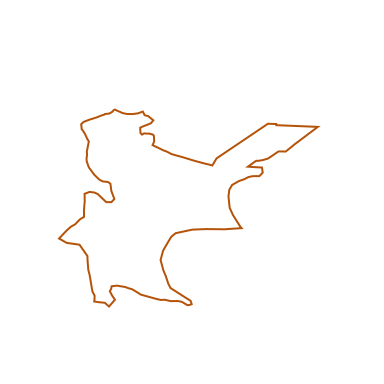 Kafr Al-Dawwar, Al Buhayrah, Egypt, rotated 69°
{"feature_id": "37247803B70717043240627", "entity_name": "Kafr Al-Dawwar", "entity_type": "district", "adm_level": 2, "iso_a3": "EGY", "parent_name": "Egypt", "parent_adm1": "Al Buhayrah", "projection": "natural_earth1", "projection_center": [30.128, 31.137], "detail": "fine", "context": "isolated", "style": "outline", "palette": "amber", "viewbox_px": 384, "rotation_deg": 69, "n_neighbors": 0, "source": "geoboundaries", "source_scale": "gbopen_adm2", "svg_char_len": 2975}
<svg xmlns="http://www.w3.org/2000/svg" viewBox="0 0 384 384"><g transform="rotate(69 192 192)"><path d="M186.2,85.0L186.2,84.9L184.3,79.3L182.8,74.0L176.3,51.2L175.3,53.5L159.8,89.4L158.7,89.0L155.5,96.7L169.4,157.0L173.8,162.6L174.5,163.5L172.4,166.4L169.8,170.2L167.2,173.8L164.0,178.2L161.9,180.9L160.4,182.8L159.2,184.4L158.5,185.3L157.5,186.5L155.4,189.3L149.6,197.1L148.3,198.4L147.5,199.1L147.3,199.2L147.2,199.3L144.7,201.6L143.6,203.0L142.1,204.5L139.7,206.7L137.9,208.4L136.2,210.1L135.3,210.9L134.1,212.0L131.8,209.7L130.9,209.1L126.1,207.5L124.5,207.8L122.1,211.1L121.3,213.2L120.1,215.8L120.5,218.1L118.5,219.0L113.4,217.3L113.3,216.2L113.2,214.3L113.2,209.5L113.1,205.7L111.9,203.6L111.2,202.4L109.2,203.6L105.5,205.7L103.3,208.7L99.3,209.1L99.2,214.5L98.9,215.5L97.9,219.7L96.5,223.1L96.3,223.9L95.3,225.6L94.7,226.6L93.2,228.8L91.5,230.4L89.8,232.2L87.4,234.5L87.5,235.6L88.7,238.2L89.1,241.3L88.0,245.3L88.3,246.3L88.1,249.5L88.2,252.5L88.2,254.3L88.1,256.5L88.0,257.8L87.8,260.6L87.7,262.5L87.7,264.4L87.7,266.9L87.8,268.4L88.3,269.5L89.1,271.2L92.9,272.2L93.7,272.5L95.7,271.8L99.5,271.1L100.5,271.0L104.6,270.8L107.8,270.2L112.0,272.8L116.5,275.7L119.6,276.6L123.0,278.5L126.0,279.4L126.8,279.3L130.3,279.5L132.4,279.4L137.4,278.0L140.7,277.1L145.1,275.1L147.2,274.1L150.1,271.6L152.5,266.9L155.0,265.2L158.4,266.0L161.8,266.9L170.7,267.0L170.9,267.3L171.0,267.6L172.6,270.9L171.0,274.9L170.7,275.7L160.2,280.7L157.5,283.3L155.2,287.7L155.2,292.9L159.2,294.4L162.5,295.6L166.1,297.4L170.9,299.6L172.1,300.0L176.6,301.8L177.2,305.9L179.3,310.6L180.2,312.4L180.4,313.4L181.0,317.5L182.9,322.5L183.5,323.8L187.8,332.8L194.6,327.2L200.9,315.9L213.4,312.8L214.4,312.6L218.3,314.0L220.4,314.6L227.5,316.7L233.3,317.4L242.6,319.3L249.0,320.6L254.0,320.1L258.2,321.9L259.1,322.5L260.0,321.1L261.7,318.1L262.1,317.2L264.2,313.1L269.2,310.5L264.9,302.5L260.6,303.6L255.3,304.3L254.5,303.4L253.3,302.1L251.2,300.8L252.2,297.0L252.5,295.6L254.3,292.6L255.5,290.5L256.7,288.5L259.2,285.6L261.4,282.7L263.8,280.8L268.6,277.2L269.5,276.5L273.5,271.1L275.1,269.0L276.0,267.7L278.4,264.5L279.1,263.5L281.6,259.8L282.8,256.1L286.3,250.9L288.6,244.5L289.7,242.7L291.0,240.8L296.1,236.7L296.6,234.5L296.6,232.5L293.1,232.3L291.6,233.4L289.5,235.0L287.9,236.2L286.0,237.6L282.6,240.1L273.9,246.5L271.7,246.7L270.5,246.8L269.3,247.0L260.9,246.6L254.8,246.8L250.3,246.3L244.2,245.7L240.1,242.7L236.4,240.0L232.4,235.1L229.4,231.3L227.3,228.6L226.4,227.5L225.0,223.3L224.6,222.0L227.1,206.1L227.3,205.0L231.6,192.3L237.1,178.4L238.4,175.2L243.5,158.7L241.9,159.3L228.2,162.0L220.2,162.5L216.1,161.4L212.5,160.4L209.1,159.5L207.1,158.4L203.3,156.4L199.8,152.0L199.1,147.6L198.6,144.0L198.8,139.1L198.3,134.0L198.9,129.9L201.3,123.4L200.2,121.0L199.2,119.0L194.2,117.9L191.2,124.7L189.9,127.5L188.4,130.7L186.1,121.9L185.9,120.9L186.7,118.8L187.6,114.2L188.0,108.9L186.6,102.9L185.2,97.0L185.5,95.7L187.8,90.0L186.2,85.0Z" fill="none" stroke="#b45309" stroke-width="2"/></g></svg>